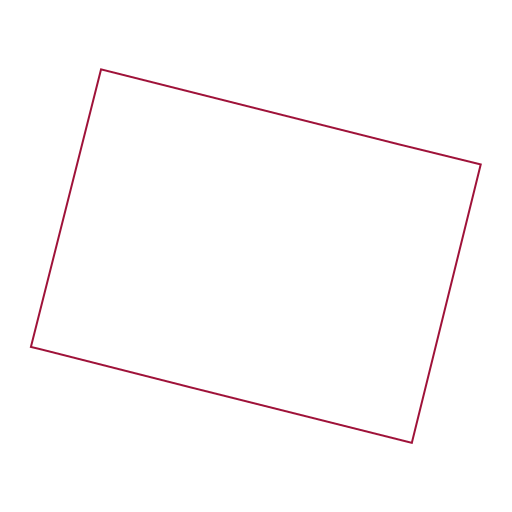 Murray, Minnesota, United States of America (Natural Earth projection), rotated 14°
{"feature_id": "52423323B53940725517536", "entity_name": "Murray", "entity_type": "district", "adm_level": 2, "iso_a3": "USA", "parent_name": "United States of America", "parent_adm1": "Minnesota", "projection": "natural_earth1", "projection_center": [-95.82, 44.022], "detail": "fine", "context": "isolated", "style": "outline", "palette": "rose", "viewbox_px": 512, "rotation_deg": 14, "n_neighbors": 0, "source": "geoboundaries", "source_scale": "gbopen_adm2", "svg_char_len": 257}
<svg xmlns="http://www.w3.org/2000/svg" viewBox="0 0 512 512"><g transform="rotate(14 256 256)"><path d="M67.6,398.6L224.5,399.3L452.4,399.6L451.9,112.8L366.6,113.1L60.5,112.4L59.6,398.7L67.6,398.6Z" fill="none" stroke="#9f1239" stroke-width="2"/></g></svg>